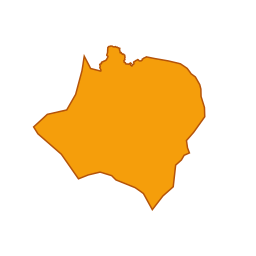 the district of Bayan agt, Bulgan, Mongolia, rotated 153°
{"feature_id": "93677404B8492379559431", "entity_name": "Bayan agt", "entity_type": "district", "adm_level": 2, "iso_a3": "MNG", "parent_name": "Mongolia", "parent_adm1": "Bulgan", "projection": "mercator", "projection_center": [101.968, 49.112], "detail": "fine", "context": "isolated", "style": "filled", "palette": "amber", "viewbox_px": 256, "rotation_deg": 153, "n_neighbors": 0, "source": "geoboundaries", "source_scale": "gbopen_adm2", "svg_char_len": 4486}
<svg xmlns="http://www.w3.org/2000/svg" viewBox="0 0 256 256"><g transform="rotate(153 128 128)"><path d="M211.6,171.8L210.9,163.7L199.3,134.9L198.9,132.1L198.4,128.5L195.2,105.2L184.6,104.2L172.9,101.4L164.2,93.0L162.3,87.2L148.7,71.6L146.0,66.6L144.0,62.6L143.4,44.2L127.8,51.6L114.4,55.1L102.4,73.3L94.9,75.3L90.4,78.2L84.6,77.9L84.0,83.3L81.6,90.3L71.6,94.3L54.5,103.2L50.6,111.5L50.0,114.8L48.6,122.9L45.4,129.6L44.4,134.0L44.8,142.9L47.2,147.7L47.4,149.5L48.2,154.2L49.6,156.8L52.1,161.3L53.5,162.6L61.8,169.6L73.0,178.0L79.3,183.0L79.4,182.9L79.8,182.9L80.0,182.9L80.2,183.0L80.4,183.0L80.7,183.0L81.0,183.0L81.4,183.0L81.7,183.0L82.2,183.1L82.4,183.1L82.8,182.9L83.2,182.8L83.4,182.8L83.6,182.8L83.8,182.9L84.0,182.9L84.2,182.6L84.2,182.4L84.3,182.3L84.4,182.2L84.6,182.1L84.8,182.0L85.1,182.0L85.3,181.9L85.6,181.9L85.8,181.9L86.1,181.9L86.3,182.1L86.6,182.2L86.8,182.3L87.1,182.4L87.3,182.5L87.5,182.7L87.7,183.1L87.8,183.5L87.8,183.9L87.9,184.1L88.1,184.4L88.3,184.6L88.5,184.6L88.8,184.5L89.0,184.4L89.5,184.4L89.7,184.5L90.0,184.5L90.3,184.5L90.5,184.5L90.8,184.4L91.0,184.3L91.4,184.3L91.6,184.3L91.8,184.3L92.0,184.4L92.5,184.3L93.0,184.2L93.2,183.9L93.2,183.5L93.2,183.3L93.3,183.1L93.4,182.8L93.6,182.5L93.9,182.4L94.2,182.3L94.7,182.2L95.1,182.2L95.3,182.1L95.5,182.0L95.8,181.8L96.0,181.6L96.4,181.5L96.5,181.6L96.7,181.8L96.8,182.1L96.9,182.4L97.1,182.7L97.1,183.0L97.2,183.4L97.2,183.8L97.2,184.0L96.8,184.1L96.6,184.0L96.2,183.9L95.8,183.8L95.9,184.2L96.0,184.5L96.2,184.8L96.3,184.9L96.7,184.8L97.2,184.7L97.5,184.7L97.8,184.7L98.0,184.7L98.5,184.6L98.9,184.7L99.0,184.8L99.2,185.1L99.4,185.2L99.7,185.4L99.8,185.5L100.0,185.6L100.4,185.7L100.6,185.8L100.8,186.1L100.9,186.3L100.9,186.5L100.8,186.8L100.7,187.1L100.7,187.3L100.8,187.5L101.0,187.8L101.3,188.0L101.5,188.2L101.5,188.3L101.5,188.5L101.4,188.6L101.3,188.9L101.2,189.1L101.2,189.4L101.2,189.6L101.1,189.9L100.9,190.0L100.7,190.1L100.2,190.2L99.9,190.2L99.7,190.3L99.6,190.6L99.5,191.2L99.4,191.5L99.2,191.8L98.9,192.1L98.7,192.2L98.5,192.4L98.4,192.6L98.4,192.9L98.4,193.2L98.4,193.3L98.3,193.5L98.1,193.7L98.0,193.9L98.0,194.1L97.9,194.3L98.0,194.4L98.0,194.6L98.2,194.8L98.2,195.0L98.3,195.3L98.4,195.6L98.4,195.8L98.6,195.9L98.7,196.0L99.0,196.0L99.3,196.0L99.5,196.2L99.5,196.3L99.5,196.5L99.5,196.9L99.5,197.0L99.8,197.3L100.0,197.5L100.1,197.8L99.9,198.0L99.8,198.3L100.0,198.5L100.4,198.5L100.5,198.5L100.8,198.7L100.8,198.8L100.7,198.9L100.6,199.1L100.5,199.3L100.5,199.6L100.3,200.0L100.2,200.2L100.2,200.3L100.2,200.5L100.3,200.7L100.3,200.9L100.2,201.1L100.0,201.4L99.9,201.5L99.8,201.8L99.9,202.0L99.9,202.4L99.9,202.5L99.6,202.7L99.3,202.8L99.5,203.0L99.8,203.2L99.8,203.4L99.9,203.6L100.1,203.8L100.5,204.0L100.7,204.4L100.8,204.6L100.9,204.8L101.0,205.0L101.4,205.0L101.6,205.1L101.8,205.3L101.9,205.5L102.0,205.9L102.2,206.2L102.3,206.3L102.5,206.3L102.8,206.3L103.0,206.3L103.3,206.4L103.5,206.6L103.9,206.8L104.2,207.0L104.5,207.3L104.6,207.5L104.8,207.8L104.9,208.1L105.1,208.3L105.3,208.4L105.6,208.5L105.8,208.6L106.0,208.7L106.3,208.9L106.5,209.0L106.8,208.9L107.1,208.9L107.3,209.0L107.5,209.1L107.9,209.3L108.1,209.3L108.3,209.3L108.5,209.3L108.6,209.1L108.8,208.9L109.0,208.8L109.3,208.8L109.5,208.8L109.7,208.5L109.8,208.3L109.9,208.0L110.0,207.9L110.1,207.6L110.3,207.4L110.5,207.1L110.7,206.8L110.8,206.5L110.9,206.2L111.1,206.1L111.3,205.8L111.4,205.5L111.6,205.0L111.8,204.7L112.0,204.5L112.2,204.3L112.4,204.1L112.6,203.8L112.9,203.5L113.1,203.3L113.3,203.2L113.6,202.9L113.8,202.6L113.9,202.4L113.9,202.2L113.8,201.9L113.6,201.6L113.4,201.4L113.3,201.1L113.3,200.9L113.5,200.7L113.9,200.2L114.1,200.0L114.4,199.8L114.6,199.7L115.0,199.5L115.3,199.3L115.7,199.0L116.0,198.7L116.4,198.5L116.8,198.5L117.1,198.5L117.4,198.4L117.8,198.4L118.2,198.4L118.5,198.3L118.8,198.5L119.1,198.5L119.4,198.5L119.8,198.5L120.0,198.4L120.4,198.4L120.6,198.5L120.9,198.6L121.5,198.6L121.8,198.5L122.0,198.4L122.1,198.1L122.2,197.9L122.2,197.7L122.4,197.5L122.5,197.4L122.9,197.5L123.2,197.5L123.4,197.6L123.8,197.6L124.1,197.6L124.3,197.5L124.4,197.4L124.5,197.2L124.5,196.7L124.6,196.2L124.7,195.9L124.8,195.5L125.0,195.3L125.2,195.1L125.6,194.8L125.7,194.6L125.7,194.4L125.7,194.2L125.7,193.9L125.8,193.7L125.8,192.5L125.8,192.3L125.8,191.9L125.9,191.7L126.2,191.4L126.4,191.1L126.7,191.2L128.2,192.6L134.3,198.0L134.3,201.1L134.4,211.8L135.8,209.9L139.5,204.7L143.1,199.8L159.4,181.7L174.4,171.9L193.7,176.8L211.6,171.8Z" fill="#f59e0b" stroke="#b45309" stroke-width="1.5"/></g></svg>